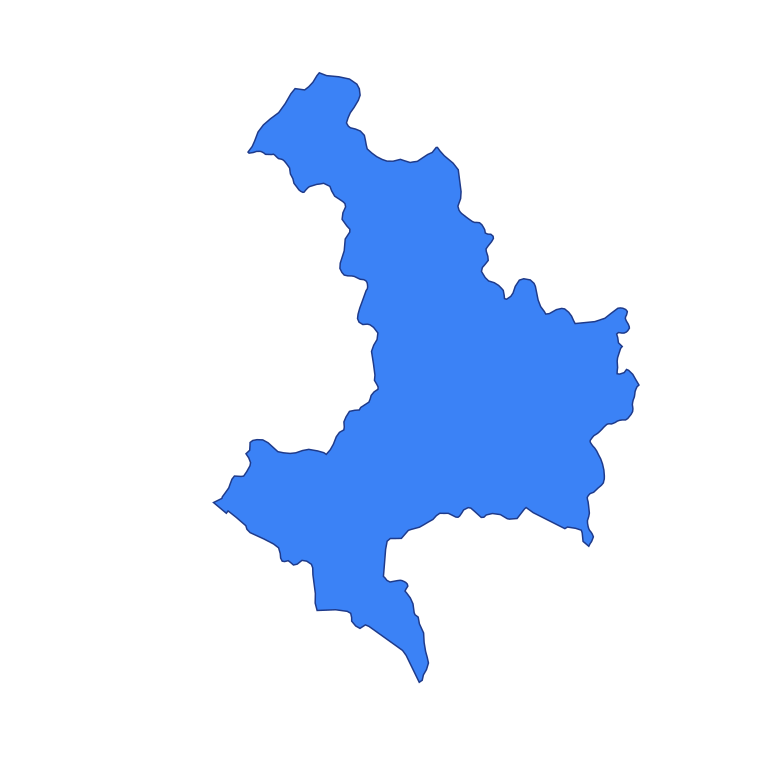 Las Cañas, Cerro Largo, Uruguay (Mercator projection), rotated 41°
{"feature_id": "84410073B95825273384383", "entity_name": "Las Cañas", "entity_type": "district", "adm_level": 2, "iso_a3": "URY", "parent_name": "Uruguay", "parent_adm1": "Cerro Largo", "projection": "mercator", "projection_center": [-53.783, -32.451], "detail": "fine", "context": "isolated", "style": "filled", "palette": "blue", "viewbox_px": 768, "rotation_deg": 41, "n_neighbors": 0, "source": "geoboundaries", "source_scale": "gbopen_adm2", "svg_char_len": 5762}
<svg xmlns="http://www.w3.org/2000/svg" viewBox="0 0 768 768"><g transform="rotate(41 384 384)"><path d="M645.0,372.1L644.3,369.4L644.0,366.8L643.9,366.4L643.1,364.1L642.3,362.0L641.2,361.4L639.3,360.5L637.2,359.9L635.3,359.6L633.5,358.9L631.5,357.6L629.1,355.7L627.2,353.7L625.4,349.6L623.7,346.7L617.9,341.3L615.3,339.0L613.2,337.6L611.8,336.3L611.4,334.2L611.4,331.7L612.2,330.0L612.8,329.1L613.3,327.9L613.8,322.2L614.5,317.6L614.4,314.7L613.4,312.9L612.6,311.2L610.6,308.8L606.4,304.7L601.4,301.0L596.8,298.4L592.4,296.7L588.4,295.0L585.0,294.1L582.3,293.8L580.1,293.3L578.1,292.7L577.1,292.0L576.6,291.1L576.3,287.4L576.3,285.2L576.9,283.4L577.6,281.0L577.9,278.8L578.1,276.2L578.2,274.6L578.2,272.7L578.5,269.6L578.8,267.9L579.9,266.4L581.9,264.9L582.8,263.3L583.8,261.2L584.4,259.0L585.6,256.9L587.3,254.9L588.9,253.5L589.9,252.6L590.6,250.2L590.4,244.8L589.7,241.7L588.2,239.5L586.7,238.1L585.0,236.7L583.7,234.7L582.6,232.7L581.8,230.5L581.3,229.3L580.1,227.4L578.4,224.9L577.5,222.5L576.8,220.1L577.1,217.5L570.8,215.4L565.4,213.5L559.6,213.2L557.5,213.9L557.8,217.8L555.3,222.0L553.2,223.3L551.6,221.4L549.5,218.3L545.0,213.8L543.1,211.0L541.2,206.6L539.2,201.8L539.2,199.4L533.9,199.1L529.9,195.6L526.8,193.7L527.2,191.3L530.1,189.5L531.8,188.0L532.8,185.8L533.0,183.9L532.6,180.9L531.4,179.8L529.1,178.6L525.7,177.5L523.2,176.3L522.2,174.7L521.8,172.9L520.5,170.3L520.0,169.6L517.5,169.2L514.6,170.1L512.5,171.5L510.8,173.4L509.0,181.8L507.6,189.4L502.2,198.6L488.6,213.0L485.7,211.9L481.0,209.7L476.3,208.7L471.1,208.8L468.5,210.4L465.3,214.8L462.6,222.4L460.2,225.1L457.4,224.1L451.4,222.8L445.2,219.5L434.2,211.0L431.2,209.6L426.1,209.5L420.4,212.9L418.0,216.8L419.0,224.2L421.7,230.7L422.2,234.7L420.9,239.6L418.9,240.5L416.6,238.3L412.6,235.1L410.0,234.7L405.8,234.4L400.8,235.2L395.3,237.6L390.5,237.3L383.7,235.1L381.8,231.5L381.8,226.9L381.6,222.4L378.6,219.5L374.3,216.9L372.4,215.1L372.0,211.3L371.8,206.0L371.1,202.4L369.4,200.9L366.4,200.9L364.0,202.8L361.4,203.6L358.8,201.5L356.5,200.6L353.4,199.6L350.3,199.6L348.0,201.2L346.4,202.6L344.2,203.4L339.3,203.9L336.3,204.1L330.7,204.4L328.7,204.2L326.6,203.6L323.1,201.3L320.2,193.8L316.0,188.3L299.5,173.6L291.3,172.0L279.7,172.2L273.3,171.4L269.1,170.4L268.2,171.3L268.5,177.6L266.4,182.1L265.0,187.1L263.1,194.1L260.2,197.4L258.4,199.7L252.9,202.1L249.0,203.7L244.7,209.9L240.1,213.8L235.4,215.7L229.4,217.2L223.2,217.7L217.1,217.6L213.6,215.1L209.6,211.9L206.0,209.2L200.2,208.6L195.2,210.3L190.5,212.7L187.9,212.8L184.4,211.6L182.2,206.6L180.6,201.4L180.0,195.1L178.5,186.7L176.5,181.7L171.7,177.4L166.8,175.5L157.9,176.5L148.3,181.8L138.4,188.9L131.0,191.6L131.1,195.3L132.4,202.9L132.2,209.1L131.2,214.1L123.1,219.4L123.3,225.9L125.5,237.2L126.5,248.3L124.3,258.3L123.0,267.6L123.6,276.4L127.0,285.6L128.7,291.2L129.2,298.2L130.7,298.3L133.5,295.0L135.2,292.1L137.5,290.0L138.7,289.2L141.5,288.5L143.9,288.4L148.7,284.5L149.8,283.1L151.4,282.9L154.1,283.1L156.5,283.1L158.8,281.8L160.2,281.2L162.4,281.1L165.4,281.6L166.4,281.8L171.0,282.9L175.6,286.9L180.5,288.8L184.4,291.6L189.3,292.6L192.4,293.3L194.8,293.2L197.0,292.6L197.8,291.7L197.7,289.0L197.8,286.1L198.2,284.0L200.2,280.8L202.3,277.4L204.4,275.1L206.8,272.1L213.5,270.3L217.8,272.6L223.5,274.6L227.2,274.1L231.8,273.5L234.0,273.3L236.2,273.5L238.8,275.5L240.7,281.8L244.3,287.2L252.3,289.1L256.7,289.6L258.5,291.8L259.6,300.0L266.6,309.6L271.7,321.5L274.9,325.7L279.0,327.4L282.5,327.9L285.6,326.2L288.8,323.6L291.0,322.3L297.3,320.6L300.3,318.5L302.5,318.0L304.6,318.5L306.3,319.8L308.0,321.5L309.0,323.2L309.2,325.2L313.4,336.0L315.9,342.6L318.6,348.3L321.1,352.0L324.6,353.7L329.0,353.0L332.2,349.7L334.6,348.5L339.0,348.1L345.9,349.5L349.6,355.0L350.8,361.5L353.2,367.6L362.6,375.5L371.4,383.3L374.4,387.5L379.1,389.1L381.5,390.1L382.9,391.9L381.7,396.4L381.8,401.0L383.5,404.6L384.5,407.6L381.8,417.0L382.4,419.8L379.1,423.1L375.9,427.3L376.9,433.7L378.6,438.9L382.3,442.6L383.8,445.0L382.1,449.7L382.6,455.1L385.3,462.6L386.6,468.9L386.6,475.0L383.7,475.3L377.9,478.0L370.1,482.7L366.2,487.6L362.6,493.8L358.7,498.0L353.4,501.8L348.3,504.7L335.1,504.4L329.2,505.7L324.7,509.3L322.0,512.7L321.3,516.0L323.5,518.7L326.1,522.1L325.6,527.2L330.4,528.5L334.9,530.9L336.5,533.6L337.9,540.2L338.5,545.6L336.8,547.5L331.5,551.6L331.7,555.6L333.6,560.7L335.0,564.2L335.7,571.4L336.0,575.2L336.7,576.7L334.7,581.5L333.1,585.3L349.8,585.0L349.6,582.1L351.0,582.0L360.1,581.6L372.7,581.6L375.9,583.6L380.5,584.0L395.2,579.7L405.6,577.2L411.9,576.8L416.9,580.0L420.2,583.2L423.4,584.5L425.5,583.2L427.6,580.2L430.5,580.0L434.4,580.0L436.7,576.9L437.8,570.9L441.9,568.4L447.5,567.7L450.8,569.5L455.5,574.6L469.7,587.2L475.8,594.5L482.1,598.8L495.6,586.1L505.4,579.7L509.3,578.9L512.8,581.5L515.2,584.2L521.4,585.2L526.2,584.2L528.0,578.0L531.7,576.8L572.8,572.9L578.8,574.3L606.3,586.0L607.2,582.5L604.6,577.7L603.4,571.6L600.6,565.4L595.9,561.9L590.8,558.5L583.8,552.7L577.2,545.9L568.1,541.8L562.7,537.5L558.8,537.8L556.8,536.8L550.1,530.9L544.2,528.2L538.3,526.9L535.7,526.5L535.1,524.1L534.6,520.9L532.8,519.7L530.6,519.5L528.7,519.9L526.5,520.6L525.0,521.5L523.2,523.5L518.4,529.5L515.0,530.3L511.5,529.6L509.8,529.6L507.4,526.3L493.6,507.6L489.5,500.6L490.1,496.5L494.1,493.0L498.4,489.1L498.4,478.5L499.8,476.1L504.7,468.8L506.4,464.0L508.0,459.1L509.8,454.1L509.9,448.9L510.9,445.0L514.0,442.4L517.4,439.4L521.9,438.2L525.5,437.3L527.3,436.0L527.7,434.1L527.3,430.3L526.7,426.8L527.7,424.3L528.6,422.1L530.9,420.7L535.8,420.7L544.9,420.9L546.8,419.0L547.1,415.7L550.8,410.6L557.5,406.2L565.4,404.8L567.3,403.7L572.7,398.2L572.0,386.1L572.3,384.0L581.1,383.2L585.0,382.2L615.4,374.5L616.3,371.6L623.3,367.2L628.8,364.9L631.2,366.3L637.5,372.2L645.0,372.1Z" fill="#3b82f6" stroke="#1e3a8a" stroke-width="1.5"/></g></svg>